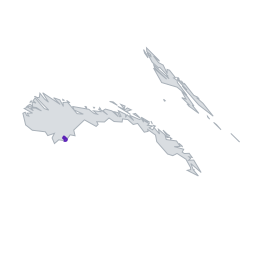 Kongsvinger nor, Hedmark, Norway shown in context, rotated 46°
{"feature_id": "86288312B35132489533254", "entity_name": "Kongsvinger nor", "entity_type": "district", "adm_level": 2, "iso_a3": "NOR", "parent_name": "Norway", "parent_adm1": "Hedmark", "projection": "equal_earth", "projection_center": [12.12, 60.19], "detail": "fine", "context": "in_parent", "style": "filled", "palette": "violet", "viewbox_px": 256, "rotation_deg": 46, "n_neighbors": 0, "source": "geoboundaries", "source_scale": "gbopen_adm2", "svg_char_len": 4502}
<svg xmlns="http://www.w3.org/2000/svg" viewBox="0 0 256 256"><g transform="rotate(46 128 128)"><path d="M152.2,113.1L142.8,114.8L144.4,115.9L142.3,119.2L131.4,117.9L129.1,121.8L121.8,122.3L117.7,125.6L119.6,128.1L113.7,133.5L107.6,134.7L107.3,140.8L101.8,146.1L104.7,147.0L104.7,149.8L91.9,153.7L91.8,168.5L96.8,171.5L92.7,174.3L94.1,181.7L88.4,186.0L88.1,191.7L82.4,189.5L80.7,184.6L77.7,191.0L73.3,190.1L63.1,198.4L54.7,199.5L44.4,193.4L45.2,191.0L48.6,192.2L50.5,191.1L47.2,190.2L51.0,186.3L41.9,189.1L43.3,185.6L49.8,184.1L46.4,183.8L49.4,180.7L55.6,178.4L49.6,179.7L42.2,185.7L42.8,181.9L46.2,181.6L42.5,178.9L46.2,176.9L42.4,177.3L41.9,174.0L56.0,174.7L60.1,172.6L42.6,172.8L44.4,170.4L41.8,167.2L49.2,167.9L54.2,167.3L43.4,164.9L63.9,160.4L54.6,160.5L60.4,157.5L67.6,159.5L64.5,157.0L67.4,153.6L82.3,154.7L87.0,150.5L77.5,154.3L74.2,152.8L87.3,143.2L94.1,142.3L96.8,140.5L91.6,140.9L97.6,136.0L95.9,134.9L104.2,133.5L98.1,134.0L98.7,131.1L104.5,127.7L113.1,127.1L106.7,126.6L110.0,124.5L114.2,126.1L114.8,124.9L108.9,122.9L116.7,120.1L118.7,122.4L117.9,119.5L126.6,118.7L119.9,118.0L129.8,113.9L130.7,111.8L134.6,112.8L133.0,111.7L139.7,109.7L139.6,112.1L143.7,108.8L142.6,112.7L146.5,111.5L145.6,109.0L154.2,109.5L150.0,107.0L158.4,106.1L162.9,108.5L171.0,102.1L177.5,103.3L173.5,107.7L182.0,102.7L183.0,105.8L185.5,105.2L188.7,101.6L193.8,102.3L191.0,104.2L193.4,104.2L193.3,106.9L196.7,103.0L210.8,106.3L197.2,107.5L203.5,110.1L211.4,110.7L199.6,114.8L201.5,111.8L200.0,110.5L190.7,108.0L180.4,110.4L179.0,115.0L174.2,117.6L157.8,116.8L152.2,113.1ZM115.3,58.0L124.6,58.9L123.7,60.4L127.9,59.6L129.6,60.9L145.6,62.9L132.7,64.3L118.7,72.2L102.6,68.0L119.7,66.3L103.1,66.9L100.7,65.8L121.1,64.2L116.8,63.8L118.7,63.2L106.5,63.0L106.2,64.2L97.5,64.9L87.1,62.1L93.2,62.1L90.7,60.8L86.2,61.4L83.2,59.0L100.6,58.7L101.9,59.0L94.0,59.7L102.2,60.6L107.2,59.0L116.1,62.0L113.0,59.2L115.3,58.0ZM135.3,56.5L150.2,58.0L154.2,56.5L156.0,56.7L154.9,57.5L162.3,56.9L178.7,58.5L160.3,61.1L138.0,60.0L135.3,59.7L141.7,59.1L129.7,59.0L127.0,58.4L130.4,58.0L125.0,57.7L133.2,57.8L132.2,57.0L135.5,57.4L135.3,56.5ZM146.9,63.5L158.0,65.3L156.1,65.9L166.7,66.9L154.6,69.0L152.4,68.8L153.8,67.8L143.5,68.2L147.5,66.2L138.9,63.9L146.9,63.5ZM115.0,117.8L120.0,116.8L105.4,120.3L112.7,117.5L113.1,114.6L117.2,113.1L115.0,117.8ZM122.7,112.5L129.6,112.3L121.6,114.4L122.7,112.5ZM129.4,111.0L139.1,108.3L134.0,111.1L129.4,111.0ZM82.4,62.3L89.8,64.1L91.5,64.9L85.7,64.0L82.4,62.3ZM110.2,114.9L111.5,117.4L106.0,116.8L110.2,114.9ZM162.8,103.3L159.2,105.0L153.8,104.3L159.9,104.0L162.8,103.3ZM163.6,104.6L162.1,106.6L159.8,106.0L163.6,104.6ZM99.2,120.5L104.4,119.9L98.7,121.6L99.2,120.5ZM215.2,57.5L203.3,57.8L215.6,57.4L215.2,57.5ZM187.0,62.0L193.9,62.3L183.4,62.5L187.0,62.0ZM174.4,102.0L178.3,101.6L179.6,102.0L174.4,102.0ZM166.1,104.0L165.5,105.1L164.3,104.2L166.1,104.0ZM145.6,107.0L145.6,108.1L144.1,107.7L145.6,107.0ZM134.3,82.3L133.9,83.1L132.0,82.4L134.3,82.3ZM178.4,63.1L175.2,63.0L174.8,62.7L178.4,63.1ZM84.1,143.2L85.2,144.2L82.3,144.0L84.1,143.2ZM138.9,106.7L140.9,107.2L142.1,107.8L138.9,106.7ZM127.1,56.9L128.4,57.3L126.3,57.2L127.1,56.9ZM68.9,152.8L65.5,153.0L69.0,152.3L68.9,152.8ZM64.0,154.6L62.7,155.6L62.1,155.1L64.0,154.6ZM97.9,121.9L96.1,122.8L98.0,121.3L97.9,121.9ZM41.8,179.4L41.4,181.0L41.2,178.9L41.8,179.4ZM94.5,135.1L93.8,134.3L94.8,134.4L94.5,135.1ZM204.2,109.0L203.9,109.9L203.7,109.8L204.2,109.0ZM95.5,135.9L93.6,136.1L95.9,135.7L95.5,135.9ZM89.9,137.8L90.1,138.6L89.2,138.4L89.9,137.8ZM41.3,172.7L40.4,173.7L40.7,172.9L41.3,172.7Z" fill="#d9dde1" stroke="#a8b0b8" stroke-width="1"/><path d="M93.2,182.8L93.5,182.5L93.7,182.4L93.8,182.3L94.1,182.0L94.2,181.8L94.5,181.0L94.4,180.8L94.2,180.3L94.2,180.2L93.9,180.0L93.9,179.9L93.8,179.7L93.7,179.7L93.4,179.7L93.2,179.5L93.0,179.4L92.9,179.3L92.7,179.3L92.6,179.5L92.3,179.8L92.3,180.0L92.2,179.9L91.9,179.8L91.8,179.7L91.7,179.7L91.4,179.6L91.1,179.5L90.9,179.5L90.2,179.7L89.9,179.7L89.7,179.7L89.6,179.8L89.9,180.0L90.0,180.0L90.1,180.3L90.2,180.5L89.9,180.6L90.0,180.7L90.0,180.8L89.9,180.9L89.8,181.0L90.0,181.1L90.1,181.3L90.0,181.5L89.9,181.5L90.0,181.5L90.0,181.8L90.0,181.7L89.9,181.7L89.9,181.8L90.0,181.8L90.3,181.9L90.6,181.9L91.1,181.9L91.2,181.7L91.3,181.7L91.5,181.6L91.6,181.4L91.7,181.5L91.8,181.5L91.7,181.5L91.8,181.5L92.4,181.5L92.5,181.5L92.6,181.8L92.3,181.9L92.4,182.0L92.5,182.1L92.8,182.1L92.9,182.3L93.0,182.4L93.0,182.5L92.9,182.5L93.0,182.5L93.2,182.8Z" fill="#8b5cf6" stroke="#5b21b6" stroke-width="1.5"/></g></svg>